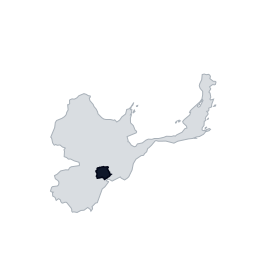 Thailand, with Kamphaeng Phet highlighted, rotated 240°
{"feature_id": "THA-400", "entity_name": "Kamphaeng Phet", "entity_type": "Province", "adm_level": 1, "iso_a3": "THA", "parent_name": "Thailand", "parent_adm1": "", "projection": "albers", "projection_center": [99.403, 16.336], "detail": "fine", "context": "in_parent", "style": "filled", "palette": "ink", "viewbox_px": 256, "rotation_deg": 240, "n_neighbors": 0, "source": "natural_earth", "source_scale": "10m", "svg_char_len": 5349}
<svg xmlns="http://www.w3.org/2000/svg" viewBox="0 0 256 256"><g transform="rotate(240 128 128)"><path d="M109.6,30.2L109.8,31.2L110.8,29.9L112.1,29.3L114.7,32.1L115.0,33.3L113.1,37.8L113.4,39.3L114.6,40.5L116.1,41.2L117.6,41.0L120.4,39.7L123.5,40.5L123.4,43.5L124.5,48.2L123.0,53.0L121.5,55.4L122.7,57.5L122.8,59.4L119.8,67.0L120.5,67.6L122.4,68.4L123.2,68.1L126.3,65.1L129.8,62.8L130.9,60.8L133.1,60.1L135.1,58.4L139.7,61.4L140.9,61.6L141.5,62.1L141.7,63.4L142.3,63.6L144.2,61.8L147.3,60.6L148.5,58.0L149.9,57.2L149.8,55.9L150.2,55.5L152.8,55.3L156.7,56.6L158.1,56.8L158.7,56.5L165.0,64.7L169.1,67.8L170.2,69.9L169.4,75.6L169.6,78.8L170.5,81.2L172.2,82.8L173.6,85.2L178.3,87.4L177.9,88.0L178.2,89.6L181.2,91.2L181.5,91.8L181.2,94.1L179.9,95.8L179.7,97.2L179.7,99.0L180.5,101.6L179.8,107.0L178.1,108.6L175.8,109.8L174.6,111.3L173.7,110.9L173.2,109.4L170.7,108.7L165.9,109.6L163.5,109.3L160.3,109.9L157.2,109.7L155.3,109.1L150.1,110.4L147.9,111.5L146.4,113.1L144.1,117.1L141.7,119.6L141.7,120.6L138.8,121.3L139.0,124.7L140.7,128.3L141.3,132.9L144.7,136.2L144.1,138.5L144.6,140.7L147.2,145.8L145.3,143.4L144.9,141.7L142.6,139.2L142.0,140.5L139.3,138.6L138.2,136.7L137.8,137.6L135.2,134.9L132.6,133.5L131.1,132.8L127.4,133.8L122.7,133.1L120.9,133.8L120.2,133.4L119.7,132.6L121.0,122.9L116.9,121.8L116.2,121.1L115.4,121.9L111.4,122.3L108.6,124.1L108.2,125.5L109.5,128.2L107.9,133.0L108.5,137.5L108.2,140.0L106.2,143.1L105.7,145.6L103.5,149.5L102.0,154.4L101.6,157.2L98.9,161.5L98.3,163.9L97.3,164.8L97.7,166.8L97.3,172.7L99.0,177.0L98.5,179.0L100.4,179.6L104.8,178.3L106.3,178.6L107.2,181.0L108.4,188.0L110.3,190.1L110.7,189.1L111.6,190.2L112.3,192.3L114.7,203.3L116.0,206.1L114.5,205.4L113.7,201.9L112.4,201.8L112.8,199.6L112.0,198.8L110.7,199.5L110.7,201.2L114.3,206.7L116.5,206.8L119.3,209.2L122.4,211.0L126.2,210.3L128.9,210.8L130.5,212.3L133.0,216.0L137.2,219.0L136.6,221.0L135.0,222.5L134.2,224.6L133.0,225.2L131.5,225.2L129.8,223.6L125.8,225.2L124.9,226.8L123.8,227.2L122.0,225.4L122.2,224.4L123.3,223.0L122.9,219.2L120.5,219.2L118.9,216.3L118.3,216.0L117.2,216.5L113.3,215.1L112.1,213.4L111.0,213.5L110.2,216.6L106.8,212.5L104.5,210.8L104.8,207.8L103.2,207.1L102.5,206.3L103.1,204.5L100.9,204.7L99.9,204.2L98.6,200.9L97.5,199.6L96.1,199.6L95.6,199.0L95.7,197.4L92.2,195.1L91.1,192.4L89.4,191.2L88.3,191.6L87.3,193.5L86.5,193.3L85.7,192.8L84.8,190.2L84.9,185.6L86.0,182.9L86.7,178.6L88.3,175.0L91.7,164.4L91.9,160.2L97.7,154.3L101.5,147.5L102.7,146.5L103.3,145.2L101.3,139.7L100.4,135.9L100.5,134.9L98.1,132.3L97.5,129.3L96.8,128.4L96.6,127.4L97.5,125.7L97.0,119.2L94.4,114.7L89.6,110.5L85.4,104.3L84.9,102.2L84.7,99.1L88.1,97.0L89.5,96.9L90.0,87.7L92.9,86.0L93.5,85.2L93.8,83.6L93.2,82.8L91.3,84.3L90.9,83.9L88.6,78.5L88.1,75.2L78.7,64.1L79.2,62.2L77.8,57.4L76.4,57.3L75.5,56.5L74.5,54.3L76.3,54.6L79.3,53.4L78.8,48.8L80.1,46.1L80.3,41.7L82.5,39.1L82.9,37.8L84.1,37.7L85.7,38.6L87.4,38.7L94.3,37.6L95.2,36.4L95.6,33.9L96.3,33.2L97.9,33.0L99.7,33.5L101.5,32.5L101.2,29.6L104.5,30.1L106.7,28.8L109.6,30.2ZM87.4,194.7L86.9,198.1L85.6,198.8L85.1,196.8L85.9,193.6L86.3,194.3L87.4,194.7ZM109.4,174.6L109.2,176.3L108.0,176.9L107.7,175.0L109.4,174.6ZM139.0,140.1L140.5,142.4L138.8,142.3L138.5,140.0L139.0,140.1ZM104.0,215.5L103.3,214.6L103.9,213.0L104.5,214.9L104.0,215.5ZM89.7,195.1L89.4,196.9L88.7,194.4L89.7,195.1ZM109.5,173.2L108.8,173.0L108.3,171.9L109.1,171.9L109.5,173.2ZM95.7,200.7L96.5,202.9L95.6,201.9L95.7,200.7ZM142.9,146.3L142.7,147.7L142.0,147.1L142.4,146.1L142.9,146.3ZM85.9,181.4L85.0,181.9L85.7,180.6L85.9,181.4Z" fill="#d9dde1" stroke="#a8b0b8" stroke-width="1"/><path d="M107.0,79.1L106.8,79.7L106.8,79.9L106.9,80.0L107.1,80.5L107.3,80.6L107.5,80.6L107.8,80.7L108.0,80.8L108.4,81.1L108.5,81.2L108.5,81.3L108.6,81.7L108.1,83.1L108.0,83.3L107.9,83.4L107.9,83.5L108.0,83.6L108.1,83.8L107.6,84.5L107.5,84.9L107.5,85.0L107.4,85.7L106.9,86.8L106.9,87.3L106.0,88.1L105.9,88.2L105.7,88.6L105.5,89.0L105.3,89.3L105.2,89.4L105.2,89.5L105.1,89.8L104.7,90.7L104.7,90.8L104.0,91.3L103.9,91.3L103.8,91.2L103.7,91.1L103.6,90.9L103.5,90.7L103.4,90.4L103.4,90.2L103.2,90.0L103.2,89.9L102.6,89.7L102.3,89.6L102.2,89.5L101.9,89.5L101.6,89.5L101.4,89.6L101.3,89.8L101.2,89.8L100.9,89.7L100.7,89.6L100.1,89.6L99.9,89.5L99.7,89.6L99.4,89.7L99.2,89.6L99.0,89.8L98.9,89.9L98.7,89.8L98.7,89.7L98.1,89.3L97.9,89.3L97.6,89.3L97.4,89.4L97.2,89.5L96.9,89.7L96.7,89.7L96.7,89.8L96.3,90.2L96.2,89.7L96.3,89.5L96.3,89.4L96.2,89.3L96.1,89.1L96.1,88.9L96.2,88.6L96.2,88.4L95.9,88.3L95.8,88.2L95.7,88.2L95.4,86.8L95.4,86.7L95.5,86.4L95.6,86.2L95.6,85.9L95.6,85.7L95.4,85.6L95.3,85.4L95.2,84.8L95.2,84.6L95.4,84.1L95.4,83.8L95.4,83.7L95.5,83.4L95.5,83.2L95.4,83.0L95.4,82.9L95.2,82.7L95.1,82.4L95.1,82.2L95.3,82.0L95.3,81.9L95.5,81.9L95.5,82.0L95.9,81.9L96.0,81.9L96.1,82.0L96.3,82.0L96.5,82.1L96.8,82.0L97.1,81.8L97.2,81.7L97.3,81.7L97.5,81.5L97.5,81.4L98.1,81.3L98.2,81.2L98.4,81.1L98.5,81.0L98.6,80.8L98.6,80.7L98.6,80.4L98.5,80.2L98.5,79.8L98.5,79.7L98.7,79.4L98.8,79.3L98.9,78.9L99.1,78.6L99.2,78.4L99.1,78.1L99.1,77.9L99.3,77.7L99.5,77.4L99.6,77.0L99.6,76.8L99.8,76.4L100.1,76.7L100.3,76.7L101.0,76.5L101.7,76.5L101.8,76.5L102.0,76.5L102.3,76.8L102.4,77.0L102.4,77.3L102.5,77.4L104.2,78.5L104.3,78.5L104.5,78.6L104.9,78.5L105.8,78.5L106.0,78.5L106.3,78.5L106.5,78.7L106.6,78.8L106.8,78.9L107.0,79.1Z" fill="#0f172a" stroke="#020617" stroke-width="1.5"/></g></svg>